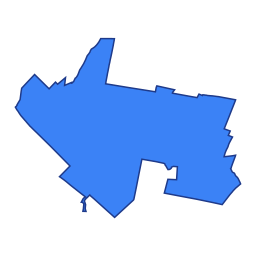 the district of Lupsanu, Calarasi, Romania
{"feature_id": "2599482B13609226917732", "entity_name": "Lupsanu", "entity_type": "district", "adm_level": 2, "iso_a3": "ROU", "parent_name": "Romania", "parent_adm1": "Calarasi", "projection": "natural_earth1", "projection_center": [26.944, 44.379], "detail": "fine", "context": "isolated", "style": "filled", "palette": "blue", "viewbox_px": 256, "rotation_deg": 0, "n_neighbors": 0, "source": "geoboundaries", "source_scale": "gbopen_adm2", "svg_char_len": 3073}
<svg xmlns="http://www.w3.org/2000/svg" viewBox="0 0 256 256"><path d="M222.2,204.6L229.9,194.6L231.9,192.3L232.1,192.1L233.2,190.7L233.3,190.6L235.7,188.1L237.5,186.6L239.2,185.1L240.6,183.9L240.0,182.4L238.9,180.1L238.1,178.5L237.3,177.3L236.1,176.3L235.2,175.0L234.6,173.5L234.0,172.9L232.8,172.4L232.0,171.6L231.6,170.5L231.0,169.4L230.6,168.6L231.3,167.9L231.3,167.2L231.4,166.8L231.7,166.1L232.6,163.5L233.5,161.1L235.4,156.0L235.6,155.2L232.4,155.8L225.4,156.6L224.1,156.7L224.5,155.1L225.0,153.3L225.4,152.2L225.9,151.0L226.3,150.1L226.6,149.4L227.2,148.3L227.7,147.3L228.1,146.3L228.4,145.3L228.8,144.1L229.3,143.0L229.9,141.8L230.5,140.7L231.4,139.0L232.1,137.8L232.3,137.4L232.5,137.0L228.3,135.4L230.2,131.0L228.8,130.5L228.2,130.3L226.0,129.5L224.2,128.8L228.6,117.8L230.5,112.9L233.5,105.3L235.4,100.5L235.6,99.8L227.0,98.2L218.3,96.6L217.2,96.5L212.6,95.9L211.0,95.8L209.9,95.7L207.6,95.5L206.4,95.2L206.0,95.2L204.6,95.0L202.8,94.8L202.4,95.5L199.0,94.1L197.1,97.6L190.2,96.4L183.6,95.2L172.6,93.2L172.4,93.1L172.6,92.5L172.8,92.1L174.6,89.8L156.9,85.9L156.8,86.5L156.3,87.0L155.4,91.8L127.0,87.3L112.4,84.9L105.6,83.8L105.9,82.4L106.0,81.5L107.2,75.2L107.5,73.4L107.8,72.0L108.0,71.1L108.1,70.5L108.5,68.5L108.8,67.0L109.1,65.1L109.8,62.1L110.2,59.9L110.6,58.2L110.7,57.7L110.8,57.3L111.4,54.5L111.7,53.1L113.1,46.1L113.3,45.2L113.4,44.4L113.8,42.2L114.1,40.7L114.4,38.7L110.1,38.6L105.7,38.6L100.7,38.6L100.3,39.4L100.1,39.8L99.8,40.2L99.1,41.6L97.7,43.6L96.5,45.1L94.6,47.0L93.0,48.1L91.4,49.1L90.5,50.5L90.3,51.1L90.0,52.0L88.8,53.8L87.3,55.6L86.9,56.5L85.5,59.9L83.6,63.8L80.9,68.2L80.2,69.2L79.7,70.0L78.8,72.4L78.0,74.5L77.5,75.5L76.8,76.6L76.3,77.3L75.8,77.8L75.5,78.1L75.2,78.2L73.6,81.6L73.4,81.7L72.7,82.3L72.3,82.8L71.7,83.2L71.3,83.2L71.1,83.0L71.2,82.6L64.6,85.4L65.5,77.6L57.6,84.2L55.5,82.1L49.1,88.8L34.6,74.5L27.3,82.2L21.7,88.2L21.2,91.1L20.1,99.6L17.0,104.8L17.1,105.1L16.7,105.7L16.3,106.3L15.8,106.7L15.5,106.9L15.4,107.1L15.4,107.3L15.5,107.5L16.0,108.2L16.6,109.3L16.9,109.8L18.2,111.5L18.7,112.4L19.5,113.6L20.3,114.8L21.2,116.0L21.9,116.8L23.9,119.1L24.8,120.2L25.2,120.6L25.6,121.0L26.3,121.9L27.5,123.3L28.2,124.1L29.0,125.0L29.3,125.3L29.5,125.7L30.6,126.7L33.3,129.4L39.6,135.5L50.4,146.1L58.3,154.1L64.1,160.0L70.0,166.0L59.5,176.7L60.6,177.4L62.5,178.8L64.4,180.2L66.2,181.6L70.4,185.1L73.4,187.5L80.9,193.4L85.4,196.9L84.6,197.5L83.8,198.0L83.3,198.5L83.0,198.9L81.3,202.2L82.4,202.3L83.2,203.1L83.6,203.6L83.8,204.5L83.5,207.2L83.4,208.6L82.9,211.3L86.0,211.4L85.6,210.1L85.3,208.9L85.3,207.7L85.6,204.6L84.8,202.1L84.3,200.8L86.3,198.2L87.2,197.6L88.1,196.6L89.3,195.5L89.8,195.0L90.6,195.9L94.2,199.0L114.6,217.4L133.2,200.3L133.7,199.7L133.9,199.1L136.2,187.9L139.0,173.6L141.9,159.2L155.8,161.6L163.4,163.2L164.7,163.7L165.3,165.3L166.1,166.2L166.3,166.7L168.0,169.6L169.2,169.5L170.0,169.2L170.7,168.7L171.1,168.3L171.3,168.1L171.5,167.2L173.3,166.4L177.4,166.7L176.6,179.7L167.9,179.3L164.3,193.1L179.0,195.9L197.1,199.3L212.6,202.5L220.0,204.1L222.2,204.6Z" fill="#3b82f6" stroke="#1e3a8a" stroke-width="1.5"/></svg>